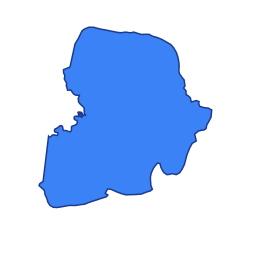 Kerian, Perak, Malaysia (Albers equal-area conic projection), rotated 285°
{"feature_id": "92858781B48608892505394", "entity_name": "Kerian", "entity_type": "district", "adm_level": 2, "iso_a3": "MYS", "parent_name": "Malaysia", "parent_adm1": "Perak", "projection": "albers", "projection_center": [100.545, 4.99], "detail": "fine", "context": "isolated", "style": "filled", "palette": "blue", "viewbox_px": 256, "rotation_deg": 285, "n_neighbors": 0, "source": "geoboundaries", "source_scale": "gbopen_adm2", "svg_char_len": 2581}
<svg xmlns="http://www.w3.org/2000/svg" viewBox="0 0 256 256"><g transform="rotate(285 128 128)"><path d="M167.7,50.6L164.4,51.6L163.2,52.8L161.3,53.7L159.0,53.7L157.1,55.4L155.4,57.2L153.3,57.3L148.9,59.8L149.8,63.1L147.9,65.2L146.6,66.9L146.2,69.4L147.0,72.6L143.5,72.3L140.3,73.6L138.8,75.5L137.0,79.1L135.9,80.5L134.0,81.0L131.5,81.8L130.0,82.6L129.5,83.5L128.5,81.7L129.4,80.8L130.3,79.9L131.0,79.0L131.0,78.3L130.4,78.3L129.6,78.5L128.9,78.5L128.3,79.8L128.1,80.6L126.7,80.8L126.4,80.2L126.9,79.0L127.3,78.0L128.3,77.6L129.4,78.0L130.9,77.4L130.8,76.5L130.4,75.9L130.1,75.6L129.1,76.3L128.1,76.7L127.3,77.0L126.6,77.4L126.0,77.3L126.2,76.3L126.1,75.3L125.8,74.3L125.3,73.5L124.9,73.3L124.1,73.3L122.9,73.6L122.2,74.6L122.1,75.6L122.0,76.3L121.5,77.1L120.8,77.5L118.8,77.6L116.6,75.7L116.1,74.6L115.2,73.4L114.4,73.1L112.9,73.6L111.8,73.7L110.7,73.8L109.9,73.7L109.3,72.8L109.2,71.7L109.4,70.5L109.5,69.4L109.4,68.2L109.1,67.1L108.9,66.3L109.6,65.7L111.4,64.9L112.4,64.4L112.8,63.8L113.0,63.2L112.7,61.9L109.7,59.6L108.0,57.7L107.0,57.5L105.9,57.8L105.2,58.5L105.2,59.3L105.2,60.3L105.2,61.2L104.8,61.8L103.4,61.8L102.7,61.7L102.3,61.0L102.3,59.5L102.1,58.0L101.7,56.9L100.8,56.3L99.4,55.5L98.8,54.4L99.5,53.4L54.5,59.8L51.2,57.1L49.3,57.0L46.2,63.2L42.0,65.3L38.7,68.0L35.4,70.0L33.0,72.7L32.1,76.3L32.7,79.6L34.2,83.2L36.6,88.3L38.1,91.5L39.6,97.5L41.7,102.0L43.2,105.9L45.3,108.6L47.0,111.0L52.4,119.3L54.5,122.6L56.0,125.0L58.1,125.9L59.0,122.9L63.8,124.1L64.4,127.1L63.5,132.8L63.2,135.2L62.9,139.3L62.9,143.2L64.1,147.1L65.6,152.2L67.6,157.9L71.2,162.9L73.0,165.9L75.1,167.4L78.4,165.0L82.6,163.5L86.2,162.4L89.8,162.1L92.4,162.4L95.7,163.0L98.7,164.1L101.7,165.6L102.0,168.0L98.4,170.1L96.0,172.2L94.2,174.3L93.0,177.6L93.9,180.0L95.1,182.1L95.4,183.0L95.4,186.6L98.1,189.5L102.6,191.0L107.4,191.9L111.0,191.9L112.8,191.9L117.8,191.9L125.0,192.8L129.8,194.0L133.1,197.3L139.3,194.0L143.2,196.7L144.7,199.4L145.9,202.1L147.7,203.6L151.3,203.3L155.8,204.5L160.0,205.4L167.1,204.2L168.0,200.3L167.4,196.7L167.4,191.9L169.5,190.1L171.9,189.8L172.2,186.9L169.5,182.4L173.4,180.3L174.9,177.3L175.2,175.5L179.1,174.3L180.9,171.3L183.3,172.2L188.9,169.8L191.3,166.5L194.0,163.5L196.4,162.3L200.6,161.5L204.2,160.3L209.8,157.6L213.4,155.2L217.3,151.3L219.7,147.7L222.4,137.5L223.0,132.2L223.0,128.0L223.9,124.1L223.0,120.5L221.8,116.6L222.1,108.6L220.6,105.9L220.0,100.8L218.2,96.6L217.6,92.7L216.8,79.5L216.7,79.3L216.4,75.1L216.4,68.8L215.2,64.1L212.2,60.2L209.8,58.4L201.8,56.9L195.4,55.1L171.9,56.2L167.7,50.6Z" fill="#3b82f6" stroke="#1e3a8a" stroke-width="1.5"/></g></svg>